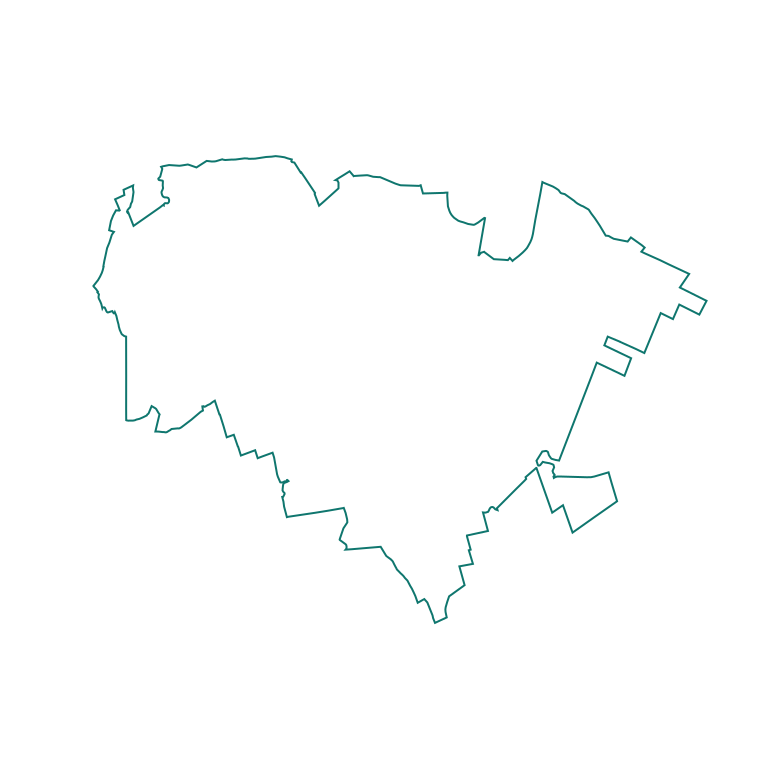 the district of Moftin, Satu Mare, Romania, rotated 100°
{"feature_id": "2599482B73580136773052", "entity_name": "Moftin", "entity_type": "district", "adm_level": 2, "iso_a3": "ROU", "parent_name": "Romania", "parent_adm1": "Satu Mare", "projection": "equal_earth", "projection_center": [22.624, 47.677], "detail": "fine", "context": "isolated", "style": "outline", "palette": "teal", "viewbox_px": 768, "rotation_deg": 100, "n_neighbors": 0, "source": "geoboundaries", "source_scale": "gbopen_adm2", "svg_char_len": 6116}
<svg xmlns="http://www.w3.org/2000/svg" viewBox="0 0 768 768"><g transform="rotate(100 384 384)"><path d="M358.4,674.5L358.0,674.4L357.6,674.1L357.4,673.8L357.2,673.4L357.1,672.8L357.3,672.3L357.6,672.0L360.7,669.9L361.3,669.2L361.5,668.7L361.4,668.1L359.4,664.3L361.3,662.5L361.3,662.2L361.1,661.7L360.1,661.5L363.4,659.4L367.2,657.8L371.7,655.7L373.5,655.1L376.6,653.6L380.0,651.3L380.6,650.7L381.9,648.1L382.1,646.2L420.8,639.3L453.4,633.6L464.4,631.6L464.5,631.3L464.5,629.5L463.6,624.8L463.0,623.1L462.0,621.6L460.8,618.8L458.7,615.6L456.2,612.2L455.1,611.8L454.4,611.1L453.7,610.7L446.1,609.0L447.6,605.0L448.2,604.0L448.8,603.5L451.8,600.9L452.9,599.7L453.9,599.9L470.5,600.9L470.0,597.7L469.8,593.9L469.5,591.8L469.6,591.2L469.5,590.6L469.3,589.9L468.7,589.0L467.8,588.1L466.6,586.6L465.2,585.4L463.5,579.4L463.4,578.2L462.8,577.2L461.9,576.1L452.6,567.5L443.2,559.7L441.6,557.7L437.6,559.0L437.2,557.8L437.6,557.0L437.2,556.0L435.5,554.1L434.0,551.9L431.5,549.6L429.8,547.7L442.6,540.8L442.6,540.3L453.4,534.7L463.8,529.6L463.5,529.1L460.1,523.1L470.9,517.1L471.0,516.8L479.3,512.5L471.6,499.4L479.0,495.5L476.6,491.5L471.0,481.8L475.4,479.5L491.5,473.6L493.8,472.4L498.8,469.1L498.9,468.5L498.8,467.9L498.2,466.2L497.3,465.2L497.1,464.8L497.0,463.8L496.8,463.5L496.5,463.3L495.4,462.9L495.3,462.7L495.8,461.7L496.2,461.2L497.2,462.4L498.8,465.1L499.3,465.5L500.4,465.8L501.8,465.8L504.9,465.6L506.5,465.4L507.8,464.3L508.6,463.1L509.1,462.9L509.6,462.8L512.6,463.7L512.9,464.6L517.3,462.6L522.1,461.1L532.0,456.5L531.3,455.0L522.8,429.5L518.5,417.1L513.3,402.7L513.0,402.1L517.7,399.4L523.7,396.8L526.1,396.2L526.7,396.1L527.9,396.6L533.2,398.9L544.8,400.7L545.2,400.5L545.4,400.2L548.5,393.9L549.2,393.2L550.4,392.7L552.1,392.4L552.7,392.5L553.8,393.1L552.4,387.4L544.9,359.0L552.4,352.4L553.1,351.7L555.6,346.6L556.1,346.1L556.5,345.3L557.5,344.3L559.6,342.8L561.4,341.4L562.2,340.8L562.6,340.4L564.4,339.1L566.9,335.6L567.6,334.7L568.3,333.5L569.7,331.5L571.4,329.7L573.5,326.8L578.3,323.1L580.7,321.0L583.9,318.7L587.4,316.3L593.6,312.8L588.8,307.0L591.6,303.4L603.5,296.0L606.0,295.0L610.4,292.3L603.0,281.7L597.8,283.8L595.4,284.4L593.1,284.5L587.6,283.9L581.8,283.0L568.1,269.7L550.5,278.1L545.7,265.2L533.0,271.6L532.1,269.9L519.5,275.9L518.8,276.0L510.7,256.1L493.3,264.2L493.2,262.9L493.0,261.6L491.8,259.3L490.5,258.8L488.6,258.3L487.5,257.8L486.8,257.2L486.4,256.3L486.3,255.6L486.6,254.6L488.1,252.6L488.5,250.3L486.7,251.2L463.8,235.2L454.8,228.8L452.8,227.5L451.2,228.4L440.2,219.5L440.2,219.3L481.5,196.0L472.3,186.7L497.6,172.5L478.3,153.4L459.0,134.1L441.7,142.8L432.0,147.5L438.6,160.8L439.8,163.9L440.6,168.0L444.6,195.0L445.0,197.2L445.4,198.1L446.1,199.4L447.0,200.4L445.7,201.0L445.2,200.6L444.5,200.5L444.0,200.1L443.8,200.2L442.4,201.8L440.4,202.9L436.5,202.0L434.3,203.0L434.0,203.5L433.7,204.7L433.3,207.2L433.3,212.0L433.1,214.1L436.8,216.1L437.4,217.1L437.5,217.6L437.5,217.9L437.0,218.4L433.1,220.5L423.0,216.4L421.8,212.9L421.8,212.4L422.3,211.0L422.6,210.7L425.2,209.4L426.2,208.6L428.1,206.7L428.4,206.2L428.6,205.7L429.0,201.8L429.0,198.3L341.2,181.1L326.0,178.2L334.2,148.6L315.7,145.1L307.7,173.7L298.5,171.9L301.4,158.9L301.5,158.9L305.7,142.3L308.3,133.0L266.1,123.8L269.9,110.7L254.5,107.0L260.9,85.5L246.1,80.8L237.6,109.4L222.6,102.6L216.8,124.2L214.1,133.7L210.0,150.0L209.0,153.5L204.4,151.0L202.5,154.3L196.8,166.3L201.4,168.8L201.1,183.0L200.1,186.1L199.3,188.2L199.2,189.0L199.4,191.4L190.7,198.9L187.2,202.2L184.0,205.3L180.1,209.5L176.9,212.5L176.5,213.2L175.1,217.1L174.5,218.7L174.1,220.7L172.7,224.8L171.6,227.0L170.6,228.5L165.6,239.0L165.4,242.3L165.2,243.0L164.9,243.5L162.7,245.8L161.3,249.0L160.2,252.0L158.1,261.6L157.6,263.1L169.2,263.1L196.1,263.5L210.3,263.4L213.7,263.6L216.0,263.9L219.0,264.6L223.4,266.1L225.4,266.9L227.7,268.3L230.4,270.2L234.5,273.5L239.4,278.0L240.5,278.8L238.0,282.0L240.5,283.5L240.8,287.0L242.0,297.5L236.8,307.8L236.4,308.3L237.9,311.2L240.8,312.9L240.8,313.2L203.1,313.3L203.0,314.0L208.6,319.3L211.0,322.1L211.5,322.9L211.7,323.6L211.8,329.0L211.0,333.8L210.7,337.0L210.3,339.2L208.2,343.7L207.2,345.1L205.8,346.8L203.9,348.5L201.9,349.8L197.9,351.9L187.6,354.4L184.5,354.8L185.0,357.2L185.3,357.8L189.6,378.7L181.9,382.4L182.8,383.9L185.4,402.1L185.3,403.3L184.7,407.5L181.0,423.6L181.0,424.1L181.2,425.0L181.8,430.7L181.3,435.4L181.3,436.0L181.3,436.9L182.8,443.3L184.3,449.4L184.6,450.0L184.2,450.3L180.5,454.8L184.5,459.2L188.4,463.6L191.6,467.1L191.6,465.3L193.5,463.8L199.1,462.8L199.4,462.9L213.6,474.0L219.7,478.9L209.1,485.2L208.6,485.1L208.1,485.4L207.7,485.2L195.2,497.1L189.9,502.3L190.3,502.7L181.5,510.7L181.4,513.2L180.8,513.9L178.9,513.8L178.5,518.2L178.0,521.3L178.1,525.6L178.4,530.3L179.6,534.1L180.9,539.5L184.5,550.2L185.7,556.1L185.7,556.8L185.6,557.5L186.0,560.5L188.8,569.5L189.5,573.2L191.0,579.3L191.0,580.2L191.0,581.3L190.8,582.3L193.8,588.2L194.4,590.1L194.8,592.3L195.1,597.4L203.3,606.3L202.1,613.6L201.9,615.3L204.1,621.7L204.6,623.4L205.7,633.7L208.0,639.6L208.8,641.2L210.3,639.9L210.8,639.7L218.7,640.4L220.6,641.7L220.9,641.9L221.3,641.8L221.7,641.6L222.1,641.2L222.2,640.8L222.2,637.7L222.2,637.4L222.6,637.0L223.0,636.9L226.9,636.4L229.5,635.6L231.4,635.9L233.1,636.4L233.9,636.4L234.8,636.1L236.3,635.4L237.6,634.4L238.2,633.1L238.3,632.4L238.0,630.1L238.3,628.7L239.0,628.2L239.7,627.7L240.6,627.5L241.8,627.4L242.5,627.6L243.4,628.2L243.7,628.7L243.8,630.3L244.0,631.1L244.8,631.8L246.0,632.0L246.4,631.9L246.2,632.8L249.0,635.3L271.8,658.1L259.5,665.6L260.0,666.1L259.0,667.0L257.2,666.7L255.4,665.7L253.9,664.7L250.4,664.5L248.0,663.7L241.3,663.9L238.5,664.0L234.3,665.4L232.0,665.5L238.0,674.2L243.0,672.5L248.8,680.9L253.9,677.5L259.5,674.0L259.3,674.3L259.2,674.8L259.5,678.1L265.1,680.0L270.9,681.2L280.3,681.4L281.1,676.4L284.2,677.9L284.7,678.0L292.4,679.0L298.3,680.3L306.8,680.6L311.4,680.8L317.1,680.8L317.2,680.5L321.1,680.8L323.6,681.2L327.6,682.3L331.4,683.7L337.9,687.2L338.3,687.0L340.7,683.9L342.8,681.8L343.4,682.2L345.2,680.3L347.2,680.3L348.2,680.2L349.4,679.7L351.8,677.9L354.3,676.3L358.4,674.5Z" fill="none" stroke="#0f766e" stroke-width="2"/></g></svg>